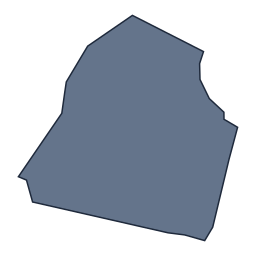 the district of Candler, Georgia, United States of America
{"feature_id": "52423323B29086368153286", "entity_name": "Candler", "entity_type": "district", "adm_level": 2, "iso_a3": "USA", "parent_name": "United States of America", "parent_adm1": "Georgia", "projection": "mercator", "projection_center": [-82.052, 32.414], "detail": "fine", "context": "isolated", "style": "filled", "palette": "slate", "viewbox_px": 256, "rotation_deg": 0, "n_neighbors": 0, "source": "geoboundaries", "source_scale": "gbopen_adm2", "svg_char_len": 379}
<svg xmlns="http://www.w3.org/2000/svg" viewBox="0 0 256 256"><path d="M164.8,31.9L132.4,15.4L87.7,46.1L66.3,81.9L64.7,92.7L61.8,113.3L18.4,176.7L26.5,180.1L32.6,202.0L168.0,232.8L184.6,234.9L204.7,240.6L212.7,227.2L229.0,159.4L237.6,127.3L224.0,119.3L223.9,112.2L209.3,98.6L200.0,79.5L199.6,63.6L203.5,51.6L164.8,31.9Z" fill="#64748b" stroke="#1e293b" stroke-width="1.5"/></svg>